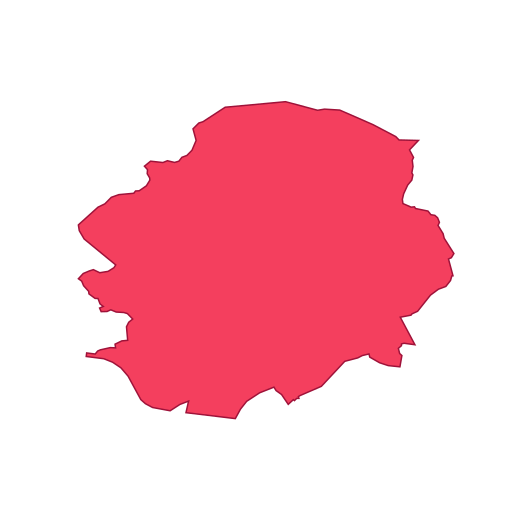 Glencullen-Sandyford Lea-7, Dún Laoghaire–Rathdown, Ireland (Robinson projection), rotated 164°
{"feature_id": "5873133B89010299854845", "entity_name": "Glencullen-Sandyford Lea-7", "entity_type": "district", "adm_level": 2, "iso_a3": "IRL", "parent_name": "Ireland", "parent_adm1": "Dún Laoghaire–Rathdown", "projection": "robinson", "projection_center": [-6.233, 53.242], "detail": "fine", "context": "isolated", "style": "filled", "palette": "rose", "viewbox_px": 512, "rotation_deg": 164, "n_neighbors": 0, "source": "geoboundaries", "source_scale": "gbopen_adm2", "svg_char_len": 1950}
<svg xmlns="http://www.w3.org/2000/svg" viewBox="0 0 512 512"><g transform="rotate(164 256 256)"><path d="M148.2,109.8L143.2,120.1L144.8,122.7L144.6,128.0L140.9,129.7L140.4,131.4L137.7,131.3L127.7,126.9L134.2,157.4L123.3,156.4L122.0,157.4L115.9,158.3L99.1,170.3L89.8,173.8L81.9,174.4L75.8,178.8L73.2,182.9L72.1,182.7L71.8,200.1L68.7,200.5L65.1,203.8L70.2,221.2L70.0,225.9L72.6,235.2L70.4,237.8L70.9,242.7L72.9,245.8L76.5,247.5L78.3,251.8L89.6,257.7L90.1,259.6L93.4,260.2L100.3,265.9L99.7,270.1L96.9,275.1L90.6,282.4L85.3,286.0L82.8,290.7L83.3,292.9L80.4,298.8L79.4,305.0L77.4,307.3L79.2,315.7L68.0,322.3L86.5,328.1L88.7,332.2L107.3,350.0L135.3,373.2L149.7,378.3L156.6,379.1L185.1,396.2L244.6,407.5L270.0,399.7L274.3,399.6L281.5,395.6L281.7,383.6L288.4,375.3L294.7,371.7L300.0,371.3L304.0,368.4L308.5,368.4L314.9,372.0L319.7,371.5L331.2,376.2L338.5,373.1L336.5,368.9L337.9,365.1L336.7,360.4L337.1,358.2L342.0,353.7L350.3,350.9L353.9,351.7L356.2,350.0L370.9,352.8L378.9,352.3L386.9,347.8L394.4,346.5L416.7,335.6L418.2,334.8L418.9,329.0L416.5,319.7L393.3,286.1L395.8,283.9L402.4,282.0L410.8,283.0L416.1,287.7L420.3,287.6L426.9,286.8L433.0,283.1L430.5,279.9L429.9,274.9L426.6,268.2L427.0,265.6L422.4,259.6L419.6,258.7L419.1,252.9L416.7,249.6L420.7,249.1L420.2,245.2L414.5,243.7L410.4,244.3L405.9,240.7L398.6,238.1L395.5,236.1L391.9,229.4L396.6,227.4L400.0,223.7L402.6,210.3L408.4,211.4L415.8,210.1L416.3,206.4L421.3,208.1L431.5,208.7L434.4,208.3L437.6,206.1L445.5,209.5L446.9,206.2L430.6,199.2L423.1,193.4L416.7,185.8L412.1,175.8L406.3,149.7L403.0,144.5L397.2,138.9L381.2,130.9L370.0,134.3L360.8,135.1L366.5,124.7L320.7,105.4L313.1,113.1L305.0,118.9L290.2,123.5L274.9,125.0L273.8,121.1L269.6,115.8L265.9,104.5L259.7,107.6L258.9,106.4L256.1,107.9L254.0,107.3L254.0,109.2L252.1,109.7L229.1,112.7L199.7,130.3L186.3,130.0L181.3,131.0L174.4,130.7L174.5,127.4L166.6,119.3L159.1,114.2L148.2,109.8Z" fill="#f43f5e" stroke="#9f1239" stroke-width="1.5"/></g></svg>